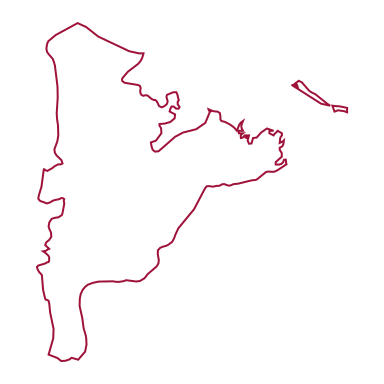 SVG path tracing the border of Ad Daqahliyah
{"feature_id": "EGY-1537", "entity_name": "Ad Daqahliyah", "entity_type": "Governorate", "adm_level": 1, "iso_a3": "EGY", "parent_name": "Egypt", "parent_adm1": "", "projection": "robinson", "projection_center": [31.652, 31.05], "detail": "fine", "context": "isolated", "style": "outline", "palette": "rose", "viewbox_px": 384, "rotation_deg": 0, "n_neighbors": 0, "source": "natural_earth", "source_scale": "10m", "svg_char_len": 4130}
<svg xmlns="http://www.w3.org/2000/svg" viewBox="0 0 384 384"><path d="M209.9,111.8L210.3,111.6L209.7,111.0L209.3,110.8L208.9,110.5L208.5,109.2L212.7,111.0L214.7,111.4L217.5,111.6L219.9,113.1L220.4,116.3L220.4,119.5L221.5,121.0L224.9,121.9L229.5,124.2L234.0,127.4L236.9,130.8L239.1,125.1L240.7,122.7L243.0,121.0L241.7,124.2L241.3,126.5L241.7,128.4L243.0,130.8L238.9,130.8L238.9,133.3L243.0,133.3L242.0,134.0L241.2,134.6L240.7,135.7L240.9,138.0L242.3,137.8L243.2,137.2L243.8,136.3L245.0,135.4L245.3,136.0L245.3,136.9L245.6,137.7L247.0,138.0L247.0,135.4L249.0,135.4L247.6,140.4L249.0,143.7L251.5,143.5L253.1,138.0L256.6,137.6L261.2,132.5L266.9,128.5L273.6,130.8L269.4,130.8L269.4,133.3L273.6,135.4L274.4,134.0L276.3,132.4L277.6,130.8L281.9,133.3L281.9,135.4L280.7,137.0L280.2,138.2L279.7,142.9L283.0,141.3L283.9,140.4L283.5,143.4L282.9,145.4L281.8,146.7L279.7,147.7L279.7,149.9L281.7,152.9L281.8,156.7L275.7,162.1L275.7,164.5L278.9,164.6L281.3,163.9L283.1,162.3L284.0,159.7L285.8,159.7L286.2,163.4L286.5,164.3L277.4,170.3L274.4,171.7L273.7,171.8L268.4,171.6L267.1,171.7L265.9,172.1L256.8,179.5L256.1,179.8L255.5,180.0L251.9,180.3L238.0,183.7L233.8,184.1L233.1,184.3L231.1,185.2L229.8,185.6L229.1,185.6L228.4,185.5L227.1,185.2L224.9,184.3L224.2,184.1L223.5,184.1L222.1,184.3L219.6,185.7L219.0,185.8L216.7,185.9L215.3,186.1L214.1,186.5L213.5,186.6L212.0,186.6L210.0,186.2L208.5,186.1L207.1,186.3L206.5,186.4L205.0,188.4L194.0,209.3L178.4,228.2L175.6,234.2L174.1,238.3L172.2,241.8L168.4,244.7L166.1,245.8L162.8,246.7L160.2,247.8L157.9,250.3L157.8,254.4L158.8,260.0L158.5,263.1L156.8,266.3L147.6,274.2L144.6,278.2L139.9,281.0L136.1,281.5L126.2,280.2L123.4,281.2L118.8,281.9L115.8,281.8L113.0,281.3L98.5,281.6L92.7,282.9L87.9,284.7L85.0,287.0L82.6,290.0L80.7,294.0L79.8,298.9L79.6,306.0L82.3,318.2L83.6,328.1L85.5,334.5L86.2,337.8L86.5,344.6L85.1,351.7L78.2,359.7L71.7,357.8L69.1,359.6L65.2,360.8L61.2,361.0L57.4,358.0L48.6,354.6L53.2,338.5L53.6,329.0L50.2,312.8L49.2,303.3L48.5,300.7L47.1,299.9L45.8,299.7L45.1,298.6L43.1,290.0L41.9,275.1L39.1,272.0L37.7,269.5L36.9,267.0L38.4,265.5L45.2,263.5L47.2,262.3L48.4,262.1L49.1,261.1L49.2,257.4L48.6,256.0L46.9,254.2L44.9,252.5L43.1,251.3L45.4,250.9L46.6,250.3L47.7,249.5L49.2,248.8L45.2,245.1L46.3,242.3L49.3,239.8L51.3,236.8L51.0,232.4L49.6,229.6L48.6,226.8L49.3,222.4L51.7,218.8L54.9,217.8L58.4,217.3L61.7,215.2L62.4,213.6L64.3,203.6L63.8,201.0L64.2,199.1L63.1,198.3L61.5,198.0L58.8,199.3L55.9,199.8L52.8,200.7L50.3,202.3L47.0,203.4L46.1,203.2L43.4,202.0L41.5,201.5L39.8,200.7L38.3,198.7L38.7,195.9L41.5,186.6L43.7,169.9L44.0,169.2L44.8,169.7L45.4,170.2L47.3,170.9L52.2,168.2L54.7,166.2L58.0,164.4L60.7,164.4L62.5,163.5L61.5,160.2L56.5,155.4L54.8,152.5L54.4,149.3L57.3,141.4L58.3,135.6L58.0,125.4L57.1,119.4L56.7,113.3L57.7,97.7L57.5,86.7L54.9,65.4L53.9,62.0L52.7,58.8L48.5,54.0L47.2,52.1L46.4,49.2L46.7,46.2L47.4,43.1L48.4,41.1L55.9,34.9L77.6,23.1L86.1,27.0L98.3,36.6L129.2,51.2L139.1,53.4L143.5,53.3L143.4,53.9L142.4,57.2L141.6,59.2L140.1,61.6L138.1,63.9L127.9,71.7L122.7,77.8L122.0,79.1L122.3,81.1L124.7,82.8L138.1,85.0L139.9,85.9L140.7,88.1L140.2,90.6L140.4,93.0L141.3,94.8L143.3,95.8L145.5,95.2L147.7,95.6L151.4,98.8L153.5,99.9L155.5,100.1L156.9,101.5L159.0,105.9L160.0,106.6L162.0,107.3L164.9,105.8L166.8,104.1L167.6,102.0L167.5,100.6L166.5,97.3L166.6,96.2L167.1,94.8L172.9,92.4L174.4,92.2L176.3,92.2L177.5,94.9L178.0,97.3L178.8,100.2L177.7,101.7L177.7,104.3L179.6,107.1L178.6,108.7L176.1,108.6L173.6,106.5L171.6,106.5L170.9,107.6L170.4,108.8L169.6,111.5L175.1,114.4L174.6,118.4L170.3,122.0L164.6,123.6L159.5,124.0L159.4,125.4L161.1,128.3L161.4,133.2L155.9,140.7L150.9,142.4L151.6,146.7L152.8,149.9L154.9,151.6L158.5,151.3L175.1,136.8L182.9,132.6L196.2,129.2L205.3,122.9L209.9,111.8ZM298.7,80.8L301.8,82.3L309.2,90.8L311.0,92.1L315.3,94.2L327.2,103.7L330.2,105.7L321.1,103.7L291.6,84.9L293.3,85.1L294.6,84.9L295.4,85.4L297.7,87.3L297.0,84.8L295.6,83.2L295.4,83.2L295.5,83.1L296.6,82.5L298.7,80.8ZM347.1,112.3L344.2,111.2L338.1,110.3L334.5,111.6L332.4,105.7L336.1,106.1L340.0,106.4L347.1,107.9L347.1,110.4L347.1,112.3L347.1,112.3Z" fill="none" stroke="#9f1239" stroke-width="2"/></svg>